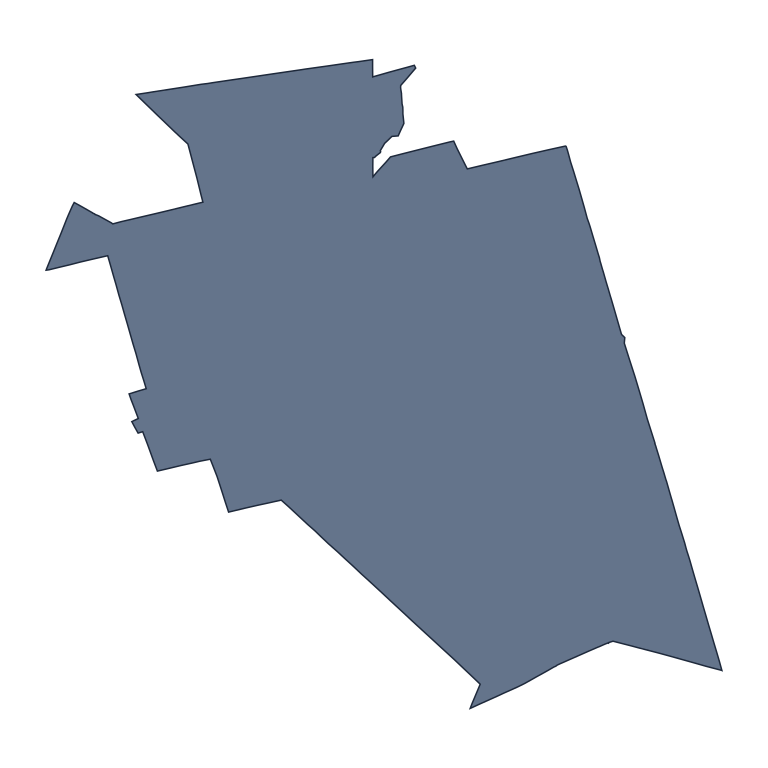 the district of Comlosu Mare, Timis, Romania
{"feature_id": "2599482B85434037080352", "entity_name": "Comlosu Mare", "entity_type": "district", "adm_level": 2, "iso_a3": "ROU", "parent_name": "Romania", "parent_adm1": "Timis", "projection": "equal_earth", "projection_center": [20.641, 45.886], "detail": "fine", "context": "isolated", "style": "filled", "palette": "slate", "viewbox_px": 768, "rotation_deg": 0, "n_neighbors": 0, "source": "geoboundaries", "source_scale": "gbopen_adm2", "svg_char_len": 3827}
<svg xmlns="http://www.w3.org/2000/svg" viewBox="0 0 768 768"><path d="M721.9,670.5L719.4,661.4L716.7,652.2L714.0,643.2L711.3,634.0L708.5,624.6L705.8,615.3L703.1,606.1L700.4,596.7L697.7,587.4L695.0,578.3L692.3,569.0L689.9,560.5L688.5,556.0L687.0,551.4L686.1,548.3L684.7,543.0L682.0,534.3L680.7,530.2L679.3,525.9L676.7,516.9L674.2,508.0L671.8,499.6L671.5,498.7L669.1,490.4L668.6,488.6L666.6,481.6L665.8,479.3L663.8,472.5L662.4,468.1L661.2,464.1L658.8,456.0L658.0,453.4L656.1,447.3L655.8,446.1L655.6,445.7L654.8,443.4L655.0,443.2L651.5,432.2L647.3,419.0L643.1,403.9L639.2,390.7L635.0,376.7L629.1,358.4L624.3,343.2L624.8,337.6L621.7,334.6L621.3,333.7L613.8,307.7L611.1,298.5L610.4,296.3L608.4,289.4L605.9,281.1L605.6,280.0L603.3,271.9L602.5,269.4L600.7,263.1L600.1,261.2L600.0,260.6L599.4,257.7L598.2,253.9L595.6,245.1L592.8,235.8L590.2,227.0L589.0,223.3L587.2,218.3L584.4,207.8L581.8,198.7L579.1,189.3L576.3,180.2L573.6,171.3L570.7,162.3L568.5,154.1L567.3,149.9L566.1,146.4L565.6,146.1L565.2,146.1L549.3,149.6L532.6,153.4L515.8,157.4L498.8,161.5L482.4,165.3L467.3,168.9L465.8,166.0L461.4,157.2L457.2,148.8L453.7,141.1L449.5,142.0L433.8,145.9L417.9,149.9L401.3,154.1L390.5,156.9L386.0,162.1L377.5,171.4L375.7,173.5L373.0,176.8L372.9,175.3L372.8,166.2L372.9,157.6L374.5,157.5L374.6,157.4L375.5,156.5L376.1,155.9L378.5,154.0L380.1,152.8L380.4,152.4L380.6,151.9L380.6,151.4L380.5,151.2L380.4,151.0L380.3,150.8L380.3,150.7L380.5,150.3L383.1,146.0L384.6,143.4L387.6,140.6L391.9,136.4L395.7,136.1L398.2,135.9L400.4,130.9L402.9,125.6L403.9,123.4L403.6,120.4L402.9,113.9L402.9,112.7L402.9,110.7L402.8,107.1L402.3,105.0L402.0,103.4L402.0,102.7L401.6,96.5L401.5,94.4L401.5,93.6L400.7,88.7L400.7,88.2L400.6,87.6L400.7,85.5L401.9,84.1L405.0,80.6L408.1,77.0L412.5,71.8L413.8,70.3L415.7,68.1L414.3,65.3L407.5,67.2L397.9,69.8L389.5,72.1L372.7,76.9L372.6,66.5L372.6,59.6L358.1,61.7L353.2,62.3L341.3,64.0L328.9,65.8L305.2,69.1L301.4,69.7L271.9,74.0L242.1,78.4L231.7,79.9L212.6,82.7L207.8,83.5L201.1,84.3L183.3,87.2L153.4,91.8L147.4,92.8L136.1,94.5L140.7,99.0L157.7,115.5L161.9,119.5L175.0,132.1L180.6,137.3L187.9,144.0L189.6,150.4L193.1,163.7L196.9,178.0L200.1,191.1L200.9,194.4L202.9,202.2L198.2,203.3L182.9,207.0L168.6,210.5L155.2,213.7L139.8,217.3L131.4,219.3L121.4,221.6L112.8,223.9L111.1,222.7L100.2,216.7L99.0,216.0L97.4,215.3L96.0,214.8L95.0,214.5L94.8,214.0L92.5,213.0L92.5,212.8L82.0,206.8L74.2,202.5L72.3,206.1L68.5,214.7L66.6,219.2L64.6,224.3L61.0,233.4L57.1,242.9L53.6,251.6L49.8,260.9L46.5,269.0L46.1,270.2L49.0,269.8L59.6,267.2L69.7,264.8L80.5,262.0L91.6,259.4L107.7,255.7L110.4,265.0L113.3,275.3L116.1,284.9L118.9,295.1L121.9,305.0L124.6,314.6L127.5,324.5L130.2,334.0L133.1,344.2L136.0,353.7L138.9,364.4L141.2,372.5L143.9,381.0L146.2,388.7L137.7,391.2L129.1,393.9L131.1,399.7L133.5,405.8L135.8,411.9L138.3,418.5L131.8,421.6L134.6,426.9L138.1,433.1L142.7,431.7L147.8,445.1L153.6,461.1L157.4,471.1L168.5,468.5L181.0,465.5L192.8,462.9L199.5,461.3L210.3,459.2L214.0,468.6L217.1,476.6L220.0,485.5L222.8,494.2L225.4,502.4L228.6,512.1L245.7,508.0L258.0,505.2L268.7,502.9L281.2,500.1L288.6,506.7L307.6,524.4L314.9,530.8L321.0,536.7L328.4,543.7L337.0,551.3L345.4,559.1L353.7,566.7L361.3,573.9L369.9,581.7L380.3,591.3L390.8,601.1L403.9,613.2L411.8,620.6L421.8,629.8L431.2,638.4L441.2,647.6L454.1,659.4L464.2,669.0L473.3,677.6L480.2,684.2L472.0,703.7L470.2,708.4L471.6,707.8L478.7,704.5L499.4,695.2L503.2,693.4L517.5,687.0L524.6,683.5L531.4,679.7L536.5,676.8L547.7,670.6L553.9,667.0L555.1,666.5L555.8,666.2L557.2,665.1L560.2,663.7L563.7,662.2L568.4,660.1L581.8,654.2L588.1,651.4L597.8,647.2L599.4,646.6L603.4,644.8L606.0,643.7L608.0,643.0L608.5,643.2L608.6,642.6L613.0,641.2L631.7,646.0L638.0,647.7L655.4,652.2L659.2,653.2L670.2,656.2L694.9,663.1L706.1,666.3L721.4,670.3L721.9,670.5Z" fill="#64748b" stroke="#1e293b" stroke-width="1.5"/></svg>